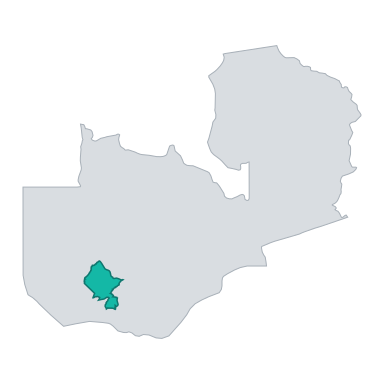 location of Mulobezi, Western, Zambia
{"feature_id": "96606910B3196683578902", "entity_name": "Mulobezi", "entity_type": "district", "adm_level": 2, "iso_a3": "ZMB", "parent_name": "Zambia", "parent_adm1": "Western", "projection": "mercator", "projection_center": [24.85, -16.28], "detail": "fine", "context": "in_parent", "style": "filled", "palette": "teal", "viewbox_px": 384, "rotation_deg": 0, "n_neighbors": 0, "source": "geoboundaries", "source_scale": "gbopen_adm2", "svg_char_len": 7928}
<svg xmlns="http://www.w3.org/2000/svg" viewBox="0 0 384 384"><path d="M266.5,266.0L247.2,266.0L240.2,267.6L234.5,270.0L227.6,273.7L223.6,276.3L222.5,277.8L222.0,281.0L222.0,285.9L221.3,289.5L219.2,292.7L208.8,296.7L201.9,299.9L195.2,303.7L190.2,308.7L186.7,314.8L180.9,322.4L168.9,335.9L161.9,338.4L156.1,337.9L149.0,335.0L143.4,334.5L139.2,336.3L135.4,335.7L131.9,332.9L128.9,331.8L126.5,332.6L123.5,332.5L117.9,330.9L113.1,326.1L110.5,324.1L108.5,323.3L102.7,322.5L89.5,321.4L75.7,323.8L63.6,326.3L51.3,315.5L39.4,304.1L36.9,301.3L32.5,297.5L29.3,295.6L28.0,294.7L24.8,284.6L23.1,275.3L23.0,187.1L77.0,187.1L80.4,186.7L80.6,185.8L78.1,181.1L78.2,179.4L78.9,176.2L81.2,169.9L81.4,167.8L80.3,160.9L80.4,157.1L81.0,149.3L80.7,146.7L81.9,143.2L82.3,140.8L82.9,139.8L82.2,137.2L81.2,128.0L80.5,124.1L83.8,124.7L84.8,126.6L85.4,128.7L86.9,128.8L90.8,130.0L92.1,131.7L93.0,135.4L92.4,137.3L91.2,138.8L92.4,140.2L95.0,141.1L96.5,140.8L100.8,138.3L104.8,137.4L106.9,136.7L115.8,135.1L117.5,134.2L118.8,134.2L119.7,134.9L118.9,137.5L118.6,139.8L119.7,144.2L120.5,146.3L122.4,147.8L123.7,148.5L125.2,150.1L128.3,149.8L135.2,152.1L137.2,153.1L140.1,154.2L142.1,154.6L149.2,155.3L156.6,156.6L160.5,156.7L163.2,156.4L165.1,155.7L166.3,155.0L166.8,154.4L169.6,146.1L171.0,145.4L172.9,145.0L174.0,145.7L175.2,151.0L180.5,155.8L182.4,159.8L183.7,163.2L184.9,164.1L186.9,165.3L190.2,165.7L193.1,165.8L207.5,171.7L209.1,172.7L210.9,175.9L212.0,179.4L213.1,182.2L215.0,182.7L216.7,182.9L218.3,184.8L219.6,186.5L223.9,193.4L224.5,196.2L226.5,198.0L229.4,198.8L232.0,198.9L233.5,198.1L237.2,196.6L240.1,195.0L242.2,194.4L243.4,194.8L244.4,195.9L245.0,199.4L247.0,200.5L248.5,200.1L249.1,198.7L249.2,198.0L249.1,162.0L247.8,162.3L246.1,163.3L242.3,163.4L240.8,164.2L240.4,165.3L240.7,166.8L240.7,168.8L240.2,169.8L238.5,170.2L236.1,169.4L231.7,168.4L228.0,167.7L225.4,165.0L221.8,161.0L219.5,158.9L213.8,154.7L212.9,153.8L211.2,151.9L209.7,148.5L208.3,144.6L207.5,142.1L208.9,138.3L212.2,125.9L212.9,122.1L215.7,118.2L215.9,114.6L214.8,110.2L215.1,107.7L215.4,93.5L214.7,89.0L212.8,84.1L208.8,77.2L208.8,75.7L215.0,71.3L216.9,69.6L220.2,66.0L222.4,62.9L223.7,60.4L224.2,57.2L223.2,54.1L225.3,53.5L276.8,45.6L277.5,47.7L279.1,51.2L280.9,53.7L283.1,56.0L284.9,57.4L286.2,57.8L294.1,57.6L297.0,59.0L299.4,60.8L300.1,63.5L301.7,65.1L303.5,66.5L304.2,66.6L305.5,66.3L307.6,66.3L309.6,66.9L310.5,67.5L310.6,69.7L311.2,70.7L313.9,71.1L316.7,71.3L319.3,72.8L322.1,73.1L325.4,73.7L327.0,75.4L330.5,77.1L334.8,78.6L339.5,81.1L339.6,81.9L340.4,83.3L341.2,84.4L341.3,86.0L341.7,87.4L342.9,87.8L343.9,87.9L344.8,86.8L346.1,86.8L347.5,87.5L348.0,89.2L349.1,91.4L350.8,93.0L352.0,94.4L351.6,97.1L350.8,99.6L353.2,102.0L356.3,104.3L357.1,105.4L357.4,108.8L357.8,110.0L359.9,112.8L361.0,114.7L360.9,115.8L355.3,121.5L351.8,122.4L350.3,123.5L349.4,124.8L351.6,130.4L352.8,132.5L351.8,135.2L349.6,139.8L348.6,140.2L348.4,143.7L349.1,144.9L350.2,145.9L350.6,148.3L350.5,154.1L349.1,160.7L351.7,166.5L352.5,167.2L356.0,167.2L356.6,167.7L355.8,169.4L353.3,171.9L348.9,173.9L342.4,176.1L341.1,178.2L340.3,181.2L341.0,183.0L341.8,184.1L341.5,186.7L341.0,189.5L341.2,191.8L340.9,193.7L340.0,194.7L338.9,197.6L337.5,200.6L336.4,202.0L334.8,203.4L332.3,204.6L332.3,205.2L335.2,206.6L336.0,207.5L336.2,208.2L335.0,209.7L336.4,210.6L338.0,211.3L339.5,213.3L341.3,217.1L341.6,217.4L342.1,217.5L343.1,217.1L344.8,215.6L346.1,215.0L347.7,217.2L320.8,226.4L314.5,228.3L305.1,231.6L302.0,232.8L299.5,234.0L274.5,241.3L270.6,242.7L261.8,246.4L261.5,247.0L261.6,248.7L262.3,252.2L263.9,255.3L265.2,257.1L266.0,261.8L266.5,266.0Z" fill="#d9dde1" stroke="#a8b0b8" stroke-width="1"/><path d="M122.8,279.6L122.0,279.9L121.3,279.9L120.4,279.6L119.5,279.1L118.5,278.7L116.6,278.1L116.1,278.2L115.1,278.3L114.6,278.4L114.2,278.5L113.4,278.4L113.1,278.2L112.7,277.2L111.3,276.5L111.2,276.2L110.7,275.1L110.6,274.1L110.3,272.9L110.1,272.3L109.9,271.7L109.6,271.3L109.2,270.8L108.6,270.5L107.9,270.1L106.8,269.8L105.8,269.3L105.4,269.1L104.9,268.7L104.3,267.7L102.2,264.3L101.9,263.8L101.6,263.3L101.2,262.8L100.7,262.1L100.4,261.7L100.1,261.4L99.5,261.0L98.9,261.2L98.6,261.3L98.1,261.9L97.8,261.9L98.0,262.0L97.6,262.3L97.4,262.2L97.1,262.3L96.8,262.7L96.8,262.9L96.6,263.0L96.4,263.5L96.1,263.6L96.0,263.9L96.0,264.0L95.9,264.0L95.7,263.9L95.3,264.1L95.1,264.4L94.9,264.8L94.6,264.9L94.5,265.1L94.3,265.1L94.2,265.1L93.9,265.4L93.6,265.4L93.3,265.5L93.2,265.5L93.2,265.4L92.9,265.3L92.8,265.2L92.7,265.2L92.5,265.4L92.4,265.4L92.4,265.5L92.3,265.8L92.2,266.0L92.1,266.3L91.9,266.4L91.7,266.3L91.4,266.5L91.4,266.8L91.5,267.0L91.4,267.5L91.2,267.8L91.0,268.0L91.2,268.3L91.2,268.5L91.3,268.7L91.3,269.0L91.2,269.1L91.1,269.3L91.1,269.5L91.2,270.1L90.9,270.3L90.7,270.5L90.7,270.9L90.6,271.2L90.2,271.6L90.0,271.9L90.0,272.0L89.9,272.2L89.8,272.3L89.6,272.6L89.4,272.7L89.4,272.8L89.4,273.0L89.4,273.3L89.2,273.5L88.9,273.7L88.7,274.1L88.5,274.4L88.4,274.5L88.2,274.8L87.8,275.1L87.6,275.4L87.5,275.6L87.2,275.8L87.1,276.0L86.9,276.1L86.7,276.3L86.4,276.5L86.3,276.8L86.2,276.8L85.8,277.0L85.6,277.2L85.4,277.3L85.2,277.4L85.0,277.6L85.0,277.8L84.8,278.0L84.7,278.2L84.7,278.4L84.7,278.5L84.8,278.6L84.7,278.8L84.8,278.9L84.7,278.9L84.7,279.0L84.6,279.3L84.6,279.6L84.4,279.9L84.5,280.0L84.4,280.6L84.3,280.9L84.5,281.1L84.3,281.2L84.4,281.4L84.3,281.6L84.5,281.8L84.5,282.1L84.6,282.3L84.4,282.4L84.4,282.5L84.4,283.0L84.4,283.4L84.5,283.5L94.6,293.3L93.0,297.7L93.6,297.7L94.0,297.4L94.3,297.4L94.9,296.8L95.0,296.8L95.5,296.8L95.9,296.7L96.7,296.7L97.1,296.5L97.6,296.5L99.7,297.5L99.5,298.0L99.4,298.9L98.6,300.1L101.2,299.5L103.1,299.2L104.3,298.9L105.2,298.3L105.6,298.0L107.0,297.2L108.3,297.3L108.6,297.5L108.8,297.6L109.2,298.1L108.6,298.6L108.5,298.8L108.3,299.0L108.0,299.6L107.9,299.9L107.9,300.5L107.7,300.8L107.3,301.2L107.1,301.5L106.7,301.8L106.5,302.3L106.2,302.5L106.3,303.3L106.1,303.4L106.0,303.9L105.9,304.1L105.6,304.3L105.2,305.0L105.2,306.3L105.2,306.6L106.2,308.1L106.2,308.4L106.3,308.5L106.4,309.0L107.1,308.5L107.6,308.0L107.9,307.9L108.2,308.1L108.6,308.2L109.0,308.1L109.7,308.1L109.8,308.1L110.0,308.2L110.5,308.1L110.9,308.2L111.5,308.1L112.0,308.3L112.3,308.2L112.7,308.2L113.7,308.6L115.2,309.4L115.3,309.3L115.2,309.2L115.3,309.2L115.5,309.0L115.5,308.9L115.5,308.7L115.4,308.6L115.4,308.4L115.5,308.3L115.6,308.1L115.3,307.8L115.2,307.9L115.0,307.7L114.9,307.5L115.0,307.3L115.2,307.0L115.2,306.7L115.3,306.5L115.3,306.4L115.3,306.1L115.2,306.2L115.2,305.7L116.1,306.7L117.7,305.6L118.1,304.3L117.6,302.6L117.0,300.3L117.4,298.0L116.9,297.8L116.8,297.7L116.7,297.4L116.5,297.5L116.3,297.5L116.1,297.5L115.8,297.3L115.5,297.3L115.3,297.3L115.2,297.2L115.1,297.3L115.2,297.1L113.8,296.9L113.7,296.7L113.4,296.8L113.2,296.8L112.9,296.8L113.0,296.7L113.2,296.4L113.2,296.1L113.3,296.0L113.3,295.9L113.4,295.5L113.2,295.4L113.1,295.2L112.9,295.2L112.6,294.8L112.5,294.7L112.3,294.7L112.2,294.6L112.2,294.4L112.0,294.2L111.9,294.2L111.6,294.1L111.6,293.9L111.4,293.9L111.2,293.8L111.1,293.7L110.9,293.5L110.6,293.4L110.8,293.3L110.7,293.0L110.8,292.8L110.9,292.7L111.0,292.7L111.1,292.3L111.1,292.1L111.3,291.9L111.4,291.7L111.6,291.6L111.6,291.4L111.6,291.2L111.7,290.9L112.0,290.8L112.1,290.6L112.3,290.5L112.5,290.1L112.5,289.9L112.9,289.8L112.9,289.6L113.0,289.5L112.9,289.4L113.0,289.4L113.2,289.1L113.4,288.9L113.4,288.7L113.6,288.7L113.8,288.5L114.0,288.3L114.0,288.2L114.7,287.6L114.9,287.5L115.1,287.4L115.2,287.5L115.3,287.4L115.5,287.3L115.5,287.2L115.7,287.3L115.8,287.1L116.0,287.0L116.1,286.8L116.2,286.6L116.6,286.6L116.9,286.4L117.0,286.4L117.2,286.2L117.3,285.9L117.5,285.7L117.8,285.4L118.2,285.4L118.4,285.3L118.7,285.2L119.0,285.0L119.2,284.7L119.0,284.3L119.0,283.8L119.0,283.5L119.2,283.4L119.2,283.2L119.3,282.9L119.6,282.6L119.9,282.0L120.2,281.8L120.3,281.8L120.5,281.7L120.8,281.1L121.1,280.8L121.5,280.5L122.1,280.3L122.4,280.0L122.4,279.9L122.6,279.9L123.0,279.7L122.8,279.6Z" fill="#14b8a6" stroke="#0f766e" stroke-width="1.5"/></svg>